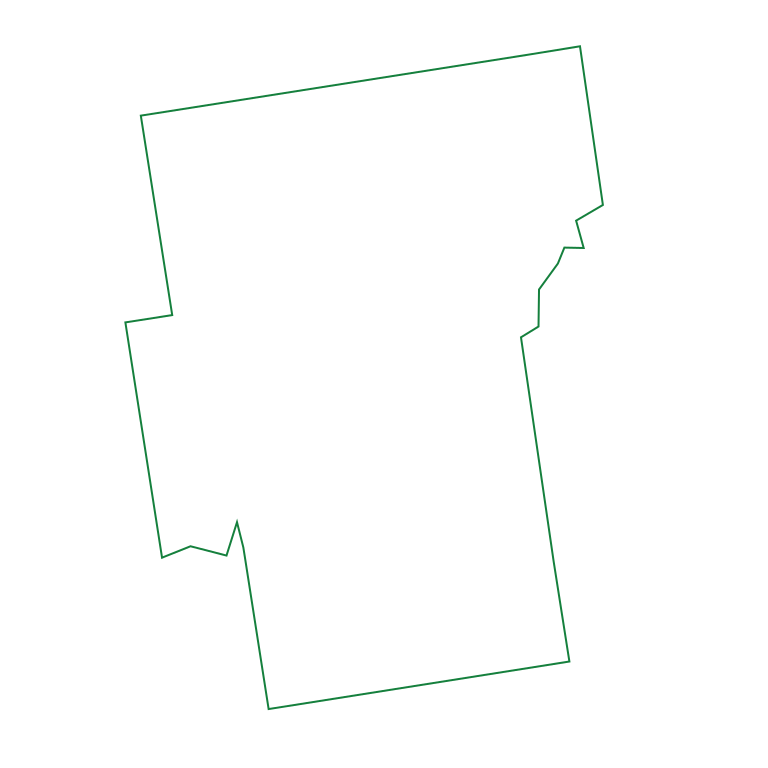 Hughes, Oklahoma, United States of America, rotated 351°
{"feature_id": "52423323B77879682345533", "entity_name": "Hughes", "entity_type": "district", "adm_level": 2, "iso_a3": "USA", "parent_name": "United States of America", "parent_adm1": "Oklahoma", "projection": "robinson", "projection_center": [-96.231, 35.029], "detail": "fine", "context": "isolated", "style": "outline", "palette": "green", "viewbox_px": 768, "rotation_deg": 351, "n_neighbors": 0, "source": "geoboundaries", "source_scale": "gbopen_adm2", "svg_char_len": 438}
<svg xmlns="http://www.w3.org/2000/svg" viewBox="0 0 768 768"><g transform="rotate(351 384 384)"><path d="M185.8,80.9L185.6,282.8L138.2,282.7L137.6,520.8L167.5,514.0L201.6,528.8L217.2,497.5L219.5,523.4L219.5,535.3L219.2,687.0L523.7,687.1L523.8,586.0L526.6,359.3L545.6,351.4L551.9,314.9L574.6,292.2L583.5,277.5L602.5,280.9L599.3,252.7L628.2,241.4L630.4,81.1L579.0,81.3L185.8,80.9Z" fill="none" stroke="#15803d" stroke-width="2"/></g></svg>